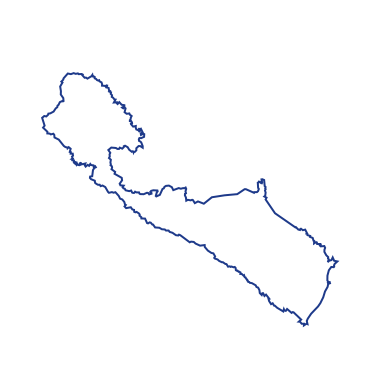 outline of Pran Buri, Prachuap Khiri Khan, Thailand, rotated 35°
{"feature_id": "78962969B16792077167163", "entity_name": "Pran Buri", "entity_type": "district", "adm_level": 2, "iso_a3": "THA", "parent_name": "Thailand", "parent_adm1": "Prachuap Khiri Khan", "projection": "orthographic", "projection_center": [99.688, 12.406], "detail": "fine", "context": "isolated", "style": "outline", "palette": "blue", "viewbox_px": 384, "rotation_deg": 35, "n_neighbors": 0, "source": "geoboundaries", "source_scale": "gbopen_adm2", "svg_char_len": 6020}
<svg xmlns="http://www.w3.org/2000/svg" viewBox="0 0 384 384"><g transform="rotate(35 192 192)"><path d="M22.3,166.2L21.6,172.6L22.1,173.8L21.7,176.5L23.1,176.6L23.5,181.2L26.8,184.6L28.6,187.4L32.7,188.9L34.6,191.2L34.3,191.8L33.6,191.8L32.2,194.2L32.7,197.2L32.3,198.4L33.0,199.8L32.4,201.7L32.5,205.5L30.8,208.9L29.4,210.2L29.8,211.3L29.3,213.7L27.4,214.5L26.7,217.2L33.2,222.2L33.1,224.7L39.0,225.6L39.9,227.0L41.9,225.8L43.3,225.8L45.0,223.8L46.4,224.2L48.1,226.2L52.8,225.5L60.6,227.8L62.6,227.8L64.3,227.0L65.0,227.6L65.3,226.0L67.8,226.2L68.9,229.3L69.9,228.9L70.6,230.2L72.3,229.0L73.7,230.5L73.4,231.8L74.8,232.9L74.6,233.7L75.4,233.2L75.8,234.6L77.2,233.9L77.7,234.8L79.6,234.3L78.9,235.7L80.6,235.9L80.6,234.7L81.4,234.7L82.1,235.6L82.3,234.8L83.3,235.1L84.3,234.7L84.8,234.0L83.7,232.8L83.9,232.2L84.7,232.0L85.8,232.6L88.3,229.8L88.8,231.6L90.3,232.2L91.0,229.6L92.7,229.6L92.6,227.4L93.9,227.8L96.0,226.7L96.9,227.6L97.7,226.4L99.0,226.9L98.2,228.4L98.3,230.8L101.2,236.3L99.7,237.8L100.3,239.0L102.0,239.4L105.9,238.5L107.4,240.1L109.0,240.2L110.9,240.0L112.2,239.0L113.8,239.6L115.0,238.0L118.1,237.7L123.2,240.1L124.4,240.3L126.5,238.0L128.1,237.6L129.4,236.1L134.2,237.2L136.9,238.7L139.2,238.1L142.3,239.0L144.2,240.6L145.2,240.6L145.0,242.5L147.3,243.0L150.6,239.6L153.1,240.5L154.8,239.9L156.1,241.4L157.3,241.1L158.0,240.1L160.7,240.0L162.0,240.4L162.6,241.5L164.9,241.7L165.7,242.7L168.8,240.7L173.0,243.2L174.0,242.9L174.7,241.2L175.8,240.8L178.2,241.4L178.8,241.0L182.1,242.2L185.8,240.0L188.7,239.8L191.2,238.3L192.8,238.5L194.9,237.0L196.6,237.5L199.4,236.6L203.6,236.6L205.7,235.5L205.8,234.4L207.2,234.1L219.0,234.5L219.7,233.2L222.1,231.9L224.5,232.2L229.4,231.3L232.8,228.2L234.0,229.7L238.6,230.9L242.8,230.8L244.7,230.0L247.9,231.5L248.0,233.2L248.9,233.4L251.7,232.6L253.7,232.9L256.8,232.4L257.5,231.8L260.6,231.8L261.6,231.3L264.4,232.5L265.6,231.2L266.6,231.2L267.1,230.4L269.3,229.8L270.0,228.9L271.3,229.2L272.8,230.9L274.4,230.7L274.5,230.3L276.0,230.6L276.3,230.2L277.9,230.1L278.6,231.4L279.8,230.6L282.4,231.0L282.5,230.4L284.1,231.6L285.0,231.3L286.0,232.0L287.4,232.1L287.9,232.8L288.5,232.6L289.6,233.4L290.6,232.9L291.5,233.2L293.3,232.3L297.7,231.9L299.3,232.8L301.0,232.4L303.5,233.7L305.5,235.9L308.2,236.4L307.7,234.5L308.3,234.1L311.0,235.6L311.5,233.6L316.4,235.1L315.9,235.6L317.7,237.1L321.1,238.5L321.9,236.9L324.5,238.0L325.2,237.6L328.2,238.0L335.3,237.5L334.5,235.3L335.7,236.0L337.0,235.6L337.0,233.3L342.9,233.9L343.3,232.7L344.2,232.3L354.6,233.9L353.9,236.9L354.9,236.3L357.4,237.0L359.3,235.7L360.2,237.1L361.3,234.3L362.4,234.0L360.0,231.8L359.5,229.4L359.4,223.4L360.9,213.5L360.9,209.5L359.9,203.0L358.0,197.2L357.5,192.0L356.3,189.2L357.9,186.8L356.2,189.1L355.4,188.4L356.0,187.8L357.1,186.2L355.6,187.6L353.6,186.8L350.9,182.8L349.0,177.6L349.1,173.5L351.2,172.3L351.3,171.6L350.4,170.6L350.1,169.0L350.9,165.5L347.9,166.8L344.8,164.9L345.3,167.8L343.7,169.7L343.5,171.6L342.6,168.7L341.5,168.4L340.9,167.2L338.3,166.8L334.8,165.1L333.6,163.3L333.1,161.4L331.4,160.4L328.6,162.7L327.5,162.5L327.7,161.3L327.1,160.9L324.3,162.8L323.2,161.7L322.4,161.9L321.5,164.1L320.2,162.0L319.5,162.2L317.2,160.4L314.4,161.1L314.0,160.2L311.3,161.1L310.5,160.1L309.7,160.4L309.7,159.7L306.3,157.9L304.7,159.7L302.3,159.6L301.9,160.5L302.2,161.2L300.6,161.8L297.2,161.2L297.0,161.7L272.2,161.8L256.6,155.9L256.3,153.9L253.8,154.2L254.1,153.0L252.6,150.2L250.9,148.9L250.7,147.4L250.0,147.2L249.4,145.7L248.2,145.5L244.2,140.8L242.3,141.2L241.7,141.8L243.9,143.9L244.2,144.8L243.5,145.1L241.8,144.7L240.8,145.2L241.1,146.0L240.6,146.7L243.8,150.7L245.0,151.2L245.6,153.4L245.3,154.8L243.0,156.5L243.2,157.1L234.5,158.8L233.5,159.5L230.3,167.8L220.6,176.0L211.3,184.9L208.4,194.8L202.3,196.3L200.7,199.5L197.4,198.1L196.6,198.3L195.7,199.6L193.1,200.8L192.3,202.4L190.2,200.0L188.1,198.8L187.3,197.5L187.8,196.5L186.3,195.2L185.5,192.8L184.2,192.0L183.5,193.5L182.6,193.8L181.0,195.7L178.9,196.4L175.6,201.2L172.7,199.6L169.4,200.0L167.2,201.9L166.5,203.6L166.8,205.2L166.1,206.4L167.3,212.8L165.3,216.1L164.6,216.0L163.4,212.6L163.5,211.2L162.8,210.6L159.3,212.8L157.9,214.5L157.8,215.9L159.3,216.0L159.8,216.6L158.3,218.5L156.6,218.0L155.6,218.4L153.7,221.5L150.8,223.4L149.8,223.4L148.8,222.7L146.7,224.2L145.2,224.4L145.2,225.8L144.4,226.5L143.3,226.8L141.3,225.7L140.1,227.3L136.6,228.7L135.1,227.9L133.8,228.3L132.4,227.9L132.4,226.0L129.5,227.6L128.0,226.7L128.0,222.5L126.3,220.7L118.1,221.5L117.5,219.6L113.0,219.5L112.6,217.9L111.6,216.9L109.9,216.8L109.7,215.9L108.3,214.7L107.0,212.1L104.5,211.8L104.3,210.1L102.9,208.5L102.6,206.8L99.4,205.6L100.4,201.9L104.4,199.6L106.2,199.5L107.5,198.6L107.4,197.1L110.0,196.5L110.4,194.3L109.9,193.6L110.6,192.5L113.6,192.2L116.3,193.4L119.6,193.6L120.1,192.6L120.8,192.5L121.4,193.0L121.3,192.5L122.1,192.0L122.5,189.8L121.3,188.1L121.9,185.0L123.2,184.1L126.2,184.0L125.3,182.7L122.1,180.6L121.0,180.3L119.3,180.5L118.2,179.3L118.0,178.0L119.9,176.7L119.6,176.8L121.1,174.3L119.7,172.0L118.8,172.1L117.5,174.5L116.4,173.4L117.3,171.4L114.0,169.6L113.9,170.2L113.3,170.0L112.6,170.5L113.7,171.1L114.4,172.2L114.1,172.6L112.7,172.2L110.5,172.7L108.9,171.5L108.1,170.2L106.3,172.2L103.1,171.4L102.7,171.0L103.5,170.1L102.9,169.4L101.4,168.8L100.4,169.5L99.9,168.8L99.9,167.4L99.2,166.2L99.0,164.4L96.7,164.3L95.6,163.6L93.6,165.4L91.0,165.3L89.6,161.6L88.0,161.4L87.7,162.9L86.3,162.9L87.4,160.5L86.8,159.7L84.3,160.9L80.9,160.1L80.6,162.6L79.9,162.5L80.3,161.6L79.2,161.4L76.7,163.5L76.3,160.2L75.4,160.7L73.3,160.0L71.7,160.1L71.0,158.6L69.1,158.2L68.5,156.8L66.6,157.2L66.7,156.3L65.8,156.4L64.0,154.6L62.0,155.2L61.4,153.5L60.9,153.7L61.2,155.3L60.0,154.9L57.3,156.5L56.6,155.3L55.0,154.1L52.9,154.4L51.8,153.7L51.3,154.5L50.0,154.8L48.6,154.4L47.1,154.7L46.3,153.6L44.4,154.3L44.4,153.7L43.8,153.8L43.2,153.2L43.2,154.9L41.3,159.1L39.5,159.1L38.5,160.0L35.1,159.2L35.1,158.5L34.0,158.6L31.5,160.5L30.5,160.3L29.0,161.9L26.9,162.5L25.2,164.9L22.3,166.2Z" fill="none" stroke="#1e3a8a" stroke-width="2"/></g></svg>